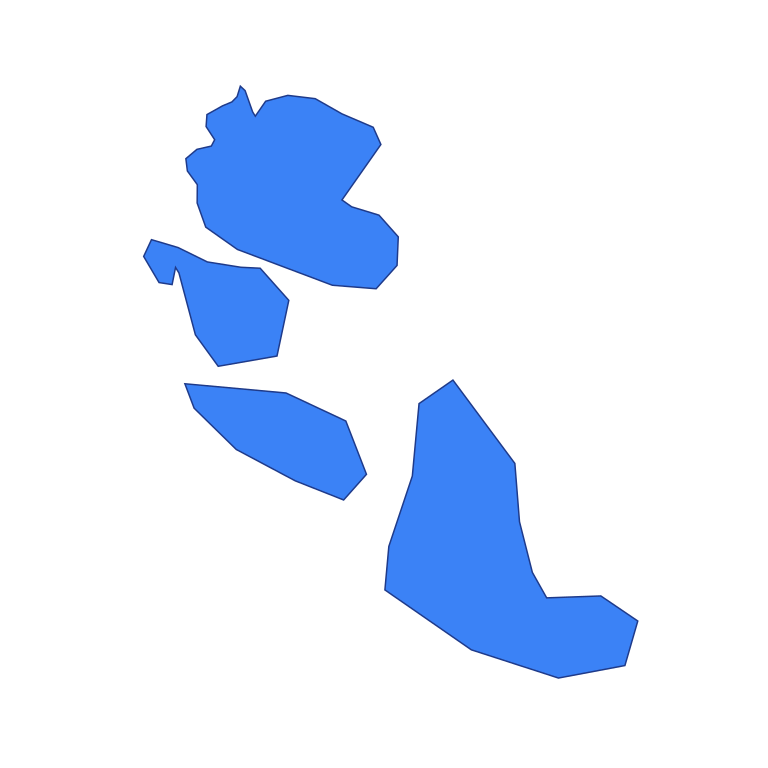 outline of Föglö, rotated 263°
{"feature_id": "ALD-4814", "entity_name": "Föglö", "entity_type": "state/province", "adm_level": 1, "iso_a3": "ALA", "parent_name": "Aland", "parent_adm1": "", "projection": "orthographic", "projection_center": [20.496, 60.014], "detail": "fine", "context": "isolated", "style": "filled", "palette": "blue", "viewbox_px": 768, "rotation_deg": 263, "n_neighbors": 0, "source": "natural_earth", "source_scale": "10m", "svg_char_len": 1023}
<svg xmlns="http://www.w3.org/2000/svg" viewBox="0 0 768 768"><g transform="rotate(263 384 384)"><path d="M70.9,521.3L109.5,438.3L179.5,359.8L222.2,369.0L289.2,400.9L360.3,416.4L379.5,452.9L289.2,504.2L230.7,501.7L178.9,508.3L151.9,519.4L147.2,573.4L117.8,607.0L75.2,588.8L70.9,521.3ZM682.5,267.4L687.1,273.2L697.1,277.7L692.1,281.9L670.0,286.8L665.5,288.9L679.1,301.0L682.2,323.7L675.6,350.5L657.3,375.1L640.1,404.6L622.1,410.1L571.8,364.7L563.8,373.5L552.2,399.6L528.3,416.1L500.1,411.4L479.5,387.8L488.3,344.8L535.4,254.9L561.4,226.2L586.4,220.6L604.6,223.0L619.4,214.8L631.8,214.8L639.7,226.9L641.2,241.6L647.1,245.7L661.2,238.8L673.0,241.1L679.8,257.7L682.5,267.4ZM337.0,229.4L383.1,192.6L408.5,186.4L387.0,285.7L351.9,341.6L296.5,355.6L273.8,329.8L298.7,284.1L337.0,229.4ZM517.3,256.2L514.0,275.2L478.6,299.7L424.8,281.2L421.8,221.6L455.8,202.8L519.2,194.0L525.1,191.3L508.5,185.8L512.1,173.1L539.9,161.0L555.6,170.8L544.5,196.3L526.7,223.5L517.3,256.2Z" fill="#3b82f6" stroke="#1e3a8a" stroke-width="1.5"/></g></svg>